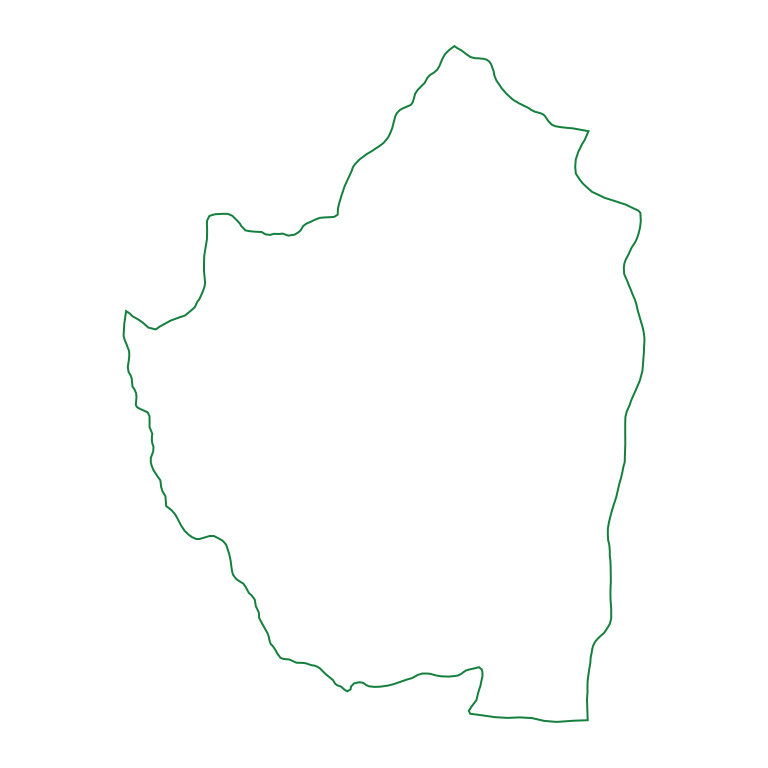 outline of Tsangkha, Daga, Bhutan
{"feature_id": "84629894B3274550477400", "entity_name": "Tsangkha", "entity_type": "district", "adm_level": 2, "iso_a3": "BTN", "parent_name": "Bhutan", "parent_adm1": "Daga", "projection": "orthographic", "projection_center": [90.044, 27.036], "detail": "fine", "context": "isolated", "style": "outline", "palette": "green", "viewbox_px": 768, "rotation_deg": 0, "n_neighbors": 0, "source": "geoboundaries", "source_scale": "gbopen_adm2", "svg_char_len": 4668}
<svg xmlns="http://www.w3.org/2000/svg" viewBox="0 0 768 768"><path d="M587.7,720.2L587.0,699.9L587.5,692.1L587.5,684.6L587.7,680.2L588.7,672.7L589.2,669.5L590.3,663.1L590.7,657.3L591.6,653.0L592.3,648.7L593.3,645.3L595.3,641.5L597.6,638.9L600.4,636.1L604.1,632.9L607.5,627.8L609.7,624.1L611.2,618.8L611.2,614.7L611.2,608.7L610.6,600.8L610.4,592.9L610.6,586.3L610.8,581.8L610.8,576.5L610.6,565.3L610.4,560.6L609.8,555.9L609.8,550.8L609.3,545.0L608.1,539.9L607.8,533.7L607.9,528.2L609.1,521.7L610.5,515.9L611.7,511.4L613.5,505.5L616.3,496.9L617.8,490.3L619.1,484.7L621.0,478.1L622.3,472.5L623.4,466.7L624.7,462.2L625.3,443.3L625.2,433.0L625.2,424.4L625.4,416.9L626.7,411.6L629.5,405.4L631.2,400.4L637.3,386.6L639.9,380.4L642.4,371.0L642.9,365.6L643.3,359.6L643.9,352.6L644.0,347.4L644.4,341.9L644.4,337.4L643.7,332.2L642.2,325.6L640.5,320.0L637.5,309.6L636.4,304.4L635.0,299.9L632.6,294.4L630.9,289.9L628.9,285.4L627.2,280.9L624.2,274.1L623.8,267.9L624.4,263.4L625.7,259.7L628.1,255.2L631.8,247.3L635.2,242.2L637.1,238.1L638.6,233.4L640.0,227.7L640.8,221.3L640.6,217.2L640.4,212.9L638.3,210.6L634.4,208.8L629.6,206.5L625.3,204.4L620.1,202.8L611.9,200.1L604.8,197.9L596.9,194.1L592.1,191.9L586.8,187.2L582.7,183.4L579.5,179.3L575.8,173.5L575.2,166.7L575.8,159.4L578.4,151.5L580.1,148.3L581.8,144.6L584.6,140.1L586.3,136.3L588.5,131.2L572.5,128.3L567.4,127.9L561.1,127.2L555.2,126.2L552.0,124.8L548.1,120.8L545.4,116.7L543.6,114.7L540.8,113.3L534.9,111.7L531.0,109.8L528.6,108.0L524.5,106.0L519.0,103.3L514.2,100.5L512.1,98.9L508.1,95.3L506.1,93.4L501.8,88.4L496.3,80.3L494.4,75.5L493.6,71.2L491.0,63.9L489.0,61.3L486.7,59.7L483.9,58.9L478.6,58.3L474.7,58.2L470.5,57.0L466.6,54.4L461.7,50.6L456.9,47.9L454.4,46.1L449.3,49.9L445.0,54.2L442.1,59.4L439.5,65.9L437.4,69.5L433.8,72.7L429.9,75.1L427.6,77.5L424.6,83.0L420.7,86.8L417.6,90.0L415.2,93.6L413.7,99.1L412.7,102.3L410.9,104.9L402.5,108.5L399.9,110.0L396.8,113.2L395.3,116.2L392.1,128.5L390.0,133.7L388.0,137.6L383.5,143.0L379.8,145.8L371.7,151.2L366.4,154.3L359.7,159.3L355.4,163.7L352.9,167.2L351.9,170.4L344.6,186.3L341.4,195.9L339.2,203.2L338.0,208.3L337.7,214.6L334.4,216.8L331.3,217.1L323.5,217.5L319.6,217.9L314.7,219.8L310.7,221.8L306.4,223.6L303.1,226.1L300.6,230.4L298.3,232.4L294.5,234.7L288.3,235.6L282.7,233.6L278.8,234.0L274.1,233.8L270.1,234.9L265.4,234.3L261.6,232.0L256.9,231.8L254.0,231.6L250.4,231.3L245.4,230.4L243.2,228.0L241.2,225.9L239.8,223.5L236.9,220.3L234.5,218.0L232.4,215.8L227.9,213.9L223.7,213.8L219.9,214.0L215.4,214.2L212.0,215.1L209.4,216.0L207.1,220.5L206.9,223.9L207.1,229.1L207.1,233.6L206.9,239.5L205.1,250.3L204.2,256.0L204.0,265.4L204.0,270.9L205.1,283.0L204.5,286.6L202.9,291.4L199.3,299.3L197.5,301.5L194.8,307.2L192.6,309.2L189.4,311.9L185.0,315.5L177.6,318.0L170.4,320.7L164.6,323.9L159.7,326.6L155.8,329.4L148.4,327.6L143.0,322.8L138.5,319.6L132.6,316.3L129.9,313.6L126.1,311.1L124.3,323.6L124.1,326.8L123.6,335.5L124.4,339.0L126.5,344.2L129.1,351.1L129.3,355.7L128.9,359.7L127.8,367.0L128.6,372.1L130.7,375.5L131.7,378.5L132.5,386.6L134.5,389.4L136.1,393.3L136.5,397.1L135.8,404.9L137.2,407.3L140.1,408.9L147.7,412.4L149.5,416.1L149.6,422.0L149.5,427.0L152.3,433.8L151.9,436.9L151.9,440.5L152.3,443.3L153.5,446.9L153.2,451.5L150.8,458.0L150.8,462.3L151.6,465.5L153.5,470.2L157.6,476.5L160.4,480.4L161.1,486.7L162.4,491.2L165.4,496.2L166.2,506.1L171.5,510.1L175.3,514.6L176.8,517.2L181.2,525.7L184.7,530.9L188.3,534.4L191.8,537.0L196.2,539.0L199.5,539.0L209.7,536.0L213.8,536.0L218.5,538.3L222.9,540.9L226.2,544.8L229.2,554.0L230.6,560.5L231.4,567.0L232.2,571.8L233.0,574.6L235.7,578.5L237.9,580.2L243.4,583.7L245.9,587.4L248.9,593.0L251.5,595.2L254.8,599.7L255.8,606.1L258.8,612.4L259.2,618.1L261.7,622.8L267.5,633.2L268.7,636.4L269.7,641.3L270.8,644.1L272.8,646.1L275.8,650.6L277.2,653.4L280.5,657.8L283.3,658.9L289.4,659.5L296.4,662.7L302.7,662.9L305.9,663.3L311.4,665.2L314.5,665.6L317.9,667.0L320.2,668.6L323.8,672.3L326.1,674.5L333.0,680.1L335.2,683.8L337.4,685.4L341.1,686.6L344.4,689.6L347.2,691.3L350.5,689.5L351.1,686.4L354.1,683.4L359.4,682.2L363.1,682.8L366.2,685.1L369.0,686.3L374.3,686.9L380.0,686.7L387.3,685.7L393.2,684.3L407.1,679.5L412.0,678.1L417.9,674.9L422.4,673.5L427.3,673.5L430.5,673.9L436.2,675.5L441.3,676.3L448.6,676.6L455.0,676.0L458.2,675.4L461.1,674.0L463.5,672.1L466.0,670.5L469.3,669.5L473.9,668.5L479.0,667.2L481.8,669.6L482.4,672.3L482.5,676.0L481.1,682.3L480.3,686.3L479.3,689.0L477.8,694.3L476.5,700.0L474.1,703.2L471.1,707.2L468.8,710.8L470.3,713.8L478.4,714.8L494.5,717.1L499.0,717.4L507.3,717.9L520.1,717.4L532.0,718.1L544.3,720.9L556.4,721.9L560.1,721.7L574.0,720.7L587.7,720.2Z" fill="none" stroke="#15803d" stroke-width="2"/></svg>